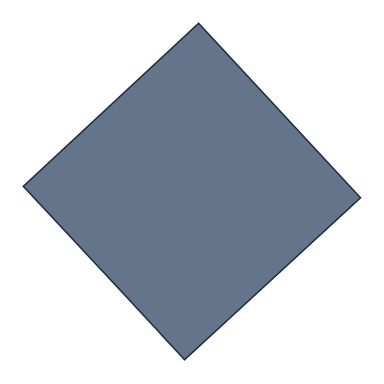 the district of Decatur, Kansas, United States of America, rotated 227°
{"feature_id": "52423323B97064172346270", "entity_name": "Decatur", "entity_type": "district", "adm_level": 2, "iso_a3": "USA", "parent_name": "United States of America", "parent_adm1": "Kansas", "projection": "orthographic", "projection_center": [-100.471, 39.785], "detail": "fine", "context": "isolated", "style": "filled", "palette": "slate", "viewbox_px": 384, "rotation_deg": 227, "n_neighbors": 0, "source": "geoboundaries", "source_scale": "gbopen_adm2", "svg_char_len": 508}
<svg xmlns="http://www.w3.org/2000/svg" viewBox="0 0 384 384"><g transform="rotate(227 192 192)"><path d="M81.6,311.3L310.9,311.9L311.2,72.4L306.8,72.5L305.9,72.5L304.5,72.5L303.1,72.5L295.3,72.5L289.4,72.4L288.4,72.5L221.6,72.5L200.9,72.5L197.5,72.5L188.4,72.6L185.4,72.5L184.9,72.5L180.6,72.5L170.5,72.5L153.3,72.5L146.8,72.4L135.2,72.4L132.6,72.4L113.8,72.4L107.6,72.2L97.8,72.2L81.9,72.2L78.2,72.2L76.8,72.1L74.4,72.1L72.8,311.3L81.6,311.3Z" fill="#64748b" stroke="#1e293b" stroke-width="1.5"/></g></svg>